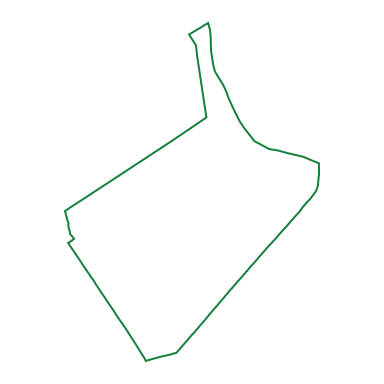 Chau Doc, An Giang, Vietnam (Robinson projection)
{"feature_id": "81297802B29469680325647", "entity_name": "Chau Doc", "entity_type": "district", "adm_level": 2, "iso_a3": "VNM", "parent_name": "Vietnam", "parent_adm1": "An Giang", "projection": "robinson", "projection_center": [105.086, 10.688], "detail": "fine", "context": "isolated", "style": "outline", "palette": "green", "viewbox_px": 384, "rotation_deg": 0, "n_neighbors": 0, "source": "geoboundaries", "source_scale": "gbopen_adm2", "svg_char_len": 2353}
<svg xmlns="http://www.w3.org/2000/svg" viewBox="0 0 384 384"><path d="M189.1,34.5L192.7,40.2L194.7,43.3L195.7,44.9L196.3,47.6L197.0,55.0L206.4,117.5L170.5,141.8L165.5,145.1L118.1,176.2L65.1,210.9L65.0,211.0L66.9,218.3L67.6,220.7L67.8,221.4L68.4,223.0L68.6,224.0L68.3,224.7L68.2,225.3L68.3,226.0L68.6,227.2L68.8,228.1L69.3,229.8L69.7,231.5L69.9,232.5L70.0,232.9L70.0,233.3L70.1,234.1L70.3,234.3L71.6,235.7L72.2,236.5L73.5,238.2L74.1,238.8L72.0,240.5L68.2,243.0L68.4,243.3L69.2,244.6L73.5,250.9L74.8,252.8L76.1,254.8L81.5,262.7L81.8,263.4L88.1,272.7L89.0,273.8L90.9,276.9L91.8,278.2L92.2,278.4L95.0,282.7L95.4,283.6L97.9,287.3L101.4,292.7L101.8,293.2L107.8,302.2L108.4,303.0L109.1,304.2L109.3,304.4L114.4,311.9L115.0,312.9L116.0,314.5L121.0,321.9L122.0,323.1L127.6,331.4L128.0,332.2L133.9,341.3L136.4,345.3L139.8,350.8L140.4,351.8L144.6,358.4L145.8,361.0L146.3,360.7L153.5,358.7L159.7,357.0L164.5,355.9L170.6,354.5L172.5,353.8L173.3,353.6L175.5,353.1L175.9,353.1L176.6,352.4L177.4,351.8L179.0,349.9L181.0,347.6L182.2,346.1L183.9,344.2L185.1,342.8L187.8,339.8L189.9,337.2L192.2,334.5L192.9,333.8L194.9,331.7L196.3,329.9L197.3,328.9L199.8,325.9L200.5,325.0L201.0,324.5L203.7,321.4L207.4,317.0L208.6,315.5L209.0,314.9L211.4,312.1L215.1,307.8L216.9,305.9L220.6,301.3L221.6,300.3L224.0,297.5L225.1,296.1L225.4,295.8L226.6,294.4L227.6,293.3L228.7,292.0L230.0,290.2L231.9,288.3L232.5,287.5L234.8,284.9L235.0,284.8L235.8,283.6L236.4,283.2L237.4,281.9L237.6,281.5L238.8,280.3L240.5,278.4L242.2,276.5L242.7,275.9L242.9,275.4L243.9,274.4L244.9,273.6L246.0,271.8L247.0,271.2L248.0,269.7L248.7,268.9L251.3,265.7L251.7,265.3L253.6,263.4L254.4,262.4L255.1,261.8L259.1,256.9L259.9,256.1L261.0,254.8L264.8,250.4L267.9,246.8L274.9,239.5L279.6,233.9L286.9,225.9L290.8,221.3L296.7,214.7L299.3,212.0L301.3,209.2L302.2,207.8L306.1,203.2L310.4,198.7L315.5,191.9L316.2,190.8L317.9,185.8L318.5,179.1L318.7,176.4L319.0,175.4L318.9,163.3L309.6,159.5L303.9,157.0L296.2,155.1L287.1,153.0L278.1,150.5L269.0,149.0L259.3,143.7L254.4,141.2L253.4,139.9L250.1,135.6L244.3,128.2L240.1,122.0L236.1,114.2L232.3,106.4L228.8,98.6L226.3,91.7L223.2,84.9L218.9,78.1L214.8,71.3L213.1,64.2L212.1,57.7L211.1,51.2L210.8,44.2L210.7,37.1L210.1,30.3L208.1,23.0L206.9,23.8L204.5,25.0L203.5,25.6L203.0,26.0L202.0,26.8L198.0,29.1L191.2,33.2L189.1,34.5Z" fill="none" stroke="#15803d" stroke-width="2"/></svg>